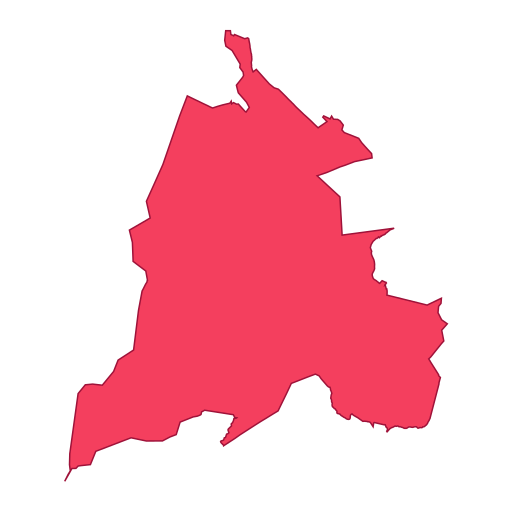 the district of San Juan Bautista Valle Nacional, Oaxaca, Mexico
{"feature_id": "50627088B61539725949690", "entity_name": "San Juan Bautista Valle Nacional", "entity_type": "district", "adm_level": 2, "iso_a3": "MEX", "parent_name": "Mexico", "parent_adm1": "Oaxaca", "projection": "robinson", "projection_center": [-96.283, 17.82], "detail": "fine", "context": "isolated", "style": "filled", "palette": "rose", "viewbox_px": 512, "rotation_deg": 0, "n_neighbors": 0, "source": "geoboundaries", "source_scale": "gbopen_adm2", "svg_char_len": 5920}
<svg xmlns="http://www.w3.org/2000/svg" viewBox="0 0 512 512"><path d="M441.4,298.2L428.3,304.5L427.2,305.1L386.9,295.1L387.0,294.5L387.1,293.4L387.1,291.0L387.1,290.9L386.8,289.0L386.3,289.1L385.2,284.9L384.9,285.1L385.1,284.5L385.8,284.0L386.0,283.4L386.4,283.0L386.0,282.3L384.8,282.0L384.4,281.8L384.2,281.7L383.9,281.5L382.1,280.7L379.6,283.4L379.2,283.2L378.3,282.3L377.3,281.6L376.3,280.7L374.2,279.4L373.6,278.9L373.0,277.9L372.6,276.7L372.3,275.6L372.2,274.2L372.7,272.9L373.8,270.9L374.2,269.9L374.6,268.8L374.5,266.8L374.6,264.2L374.3,261.6L373.8,259.7L372.5,256.9L371.6,254.8L371.3,252.8L371.7,251.3L370.3,247.7L371.2,244.5L372.4,242.5L373.1,241.3L374.7,239.9L376.2,238.4L376.8,238.5L378.0,237.6L378.4,236.9L379.4,237.7L380.2,236.8L380.8,236.3L381.2,236.3L381.3,235.9L381.6,235.9L383.2,235.0L383.9,234.7L384.0,234.8L384.3,234.6L384.6,234.4L385.2,234.1L385.4,233.9L385.8,233.3L386.0,233.1L387.0,232.5L387.2,232.3L387.9,231.7L389.0,230.8L390.1,229.9L390.5,229.7L393.2,228.7L393.6,228.5L394.1,228.2L342.1,235.1L341.7,227.7L339.9,196.9L317.1,175.8L327.3,172.3L339.8,167.0L345.2,165.2L354.6,161.6L364.2,159.6L372.1,157.9L371.6,153.6L367.7,149.4L364.8,146.2L361.6,142.6L358.7,138.3L344.3,132.6L341.9,129.9L343.3,125.1L340.1,120.9L337.7,119.4L333.5,119.2L331.6,116.1L330.1,118.9L323.7,115.9L322.8,117.2L325.2,119.7L327.0,121.6L323.0,124.4L319.0,127.1L318.1,127.8L314.5,124.4L313.6,123.5L311.4,121.3L309.5,119.5L306.2,116.5L303.6,114.2L302.5,113.1L298.6,109.4L296.8,107.7L295.4,106.3L293.3,104.0L291.8,102.6L291.0,101.7L289.5,100.3L287.8,98.6L286.4,97.1L283.0,93.7L281.8,92.5L278.4,89.2L274.1,87.8L269.3,83.9L256.3,69.4L253.1,71.9L252.7,71.1L252.6,70.5L252.3,69.9L252.1,69.3L251.9,68.6L251.8,68.0L251.6,67.4L251.5,66.7L251.5,66.1L251.6,65.4L251.5,64.7L251.4,63.9L251.4,63.5L251.3,63.0L251.3,62.2L251.5,61.4L251.7,60.5L251.8,59.6L251.8,58.6L251.7,57.7L251.7,56.4L251.5,55.5L251.5,54.6L251.3,53.7L251.0,52.8L250.8,51.7L250.6,50.4L250.5,50.0L250.5,49.5L250.3,48.5L250.0,47.4L250.0,46.1L249.8,44.8L249.7,44.0L249.6,43.5L249.2,41.6L248.7,38.7L247.7,37.9L244.7,38.7L234.5,34.5L233.7,35.8L230.9,34.5L230.4,30.7L225.7,30.7L224.7,40.3L225.9,46.2L232.1,50.5L240.2,64.1L239.8,67.6L243.1,72.1L243.6,75.5L242.7,77.2L236.4,85.2L237.5,89.8L238.3,92.8L246.5,102.2L249.3,107.4L246.1,112.0L245.3,111.7L238.3,104.0L236.6,104.2L233.5,102.6L231.7,103.9L231.2,101.2L229.9,103.2L227.3,103.8L222.7,104.9L219.9,105.7L217.8,106.3L212.6,108.0L210.1,106.9L207.7,105.7L203.0,103.5L197.3,100.7L197.2,100.7L187.3,95.9L179.7,115.8L162.9,164.5L153.8,184.9L146.4,201.3L150.2,218.0L129.4,230.1L132.4,242.4L132.9,255.2L133.1,261.4L145.8,271.0L147.5,280.4L147.2,280.6L146.9,282.2L145.9,283.7L145.5,284.4L143.0,289.4L142.1,291.0L138.5,310.4L133.6,350.0L118.1,360.1L113.6,371.5L102.3,385.2L92.6,384.1L85.3,384.8L78.1,393.6L69.8,453.7L69.5,464.7L70.3,470.9L68.2,474.3L64.7,481.3L69.4,473.0L71.9,468.5L75.9,468.4L78.2,466.0L81.1,465.6L90.4,464.6L95.8,451.3L130.5,438.0L131.1,437.8L146.4,441.0L162.5,440.9L169.9,437.0L176.2,434.6L180.1,422.1L193.2,416.9L197.2,416.2L199.9,415.2L201.0,414.5L201.6,411.8L203.3,411.0L204.6,410.2L223.2,413.1L233.3,414.7L233.8,415.6L234.7,417.5L236.8,417.8L236.5,418.1L233.9,418.6L233.5,420.5L232.5,422.8L231.4,423.6L231.2,424.3L231.4,425.0L231.5,425.9L228.4,428.9L228.1,429.4L228.0,430.1L228.9,432.8L227.7,433.8L226.6,434.1L225.5,437.5L224.3,437.8L223.9,439.2L223.6,440.0L222.5,440.6L221.1,440.9L220.6,441.6L221.0,442.6L223.7,445.4L223.7,445.7L234.8,438.5L240.0,434.8L256.0,424.5L261.2,421.2L265.0,418.9L265.7,418.5L266.8,417.8L273.6,413.6L278.1,410.9L280.3,406.3L282.1,402.6L286.5,393.6L291.3,383.4L300.5,379.8L307.4,377.1L315.4,374.1L319.2,375.9L321.0,378.6L327.3,385.9L328.5,386.9L329.6,387.3L330.0,387.3L330.3,388.1L330.4,388.8L330.6,390.1L331.0,390.7L331.2,391.5L331.5,392.1L331.8,393.6L331.6,393.9L331.4,394.4L331.2,395.1L331.1,395.7L331.0,396.5L330.9,397.1L330.8,397.9L330.8,398.5L331.2,399.0L331.5,399.9L331.6,401.0L331.6,401.8L331.9,402.4L332.3,403.1L332.1,404.2L332.1,405.2L332.2,406.0L332.6,406.9L333.3,407.3L333.8,407.9L334.4,408.7L335.3,408.9L335.6,409.4L336.0,410.2L336.8,410.9L337.0,411.8L336.9,412.7L337.1,413.2L337.8,413.6L338.3,413.7L339.2,413.8L339.6,414.1L340.2,414.3L340.5,414.9L341.4,415.7L342.0,415.9L342.3,416.3L342.8,416.5L343.9,417.3L345.5,418.0L345.9,418.5L346.8,419.0L347.3,419.2L347.9,419.3L348.7,419.4L349.6,419.1L350.0,418.5L350.2,417.7L350.3,416.3L350.5,415.2L351.1,414.4L352.0,413.9L352.7,414.6L353.7,415.4L356.3,416.9L357.6,417.6L362.8,421.3L363.3,421.3L363.9,421.2L364.5,421.2L367.3,421.5L367.8,421.8L368.3,421.7L368.9,421.9L369.7,422.0L370.2,422.4L370.6,422.9L371.2,423.8L373.1,426.7L373.7,423.0L374.2,422.5L384.1,424.8L384.8,424.6L385.3,424.8L385.4,425.4L385.8,426.2L386.0,427.0L386.4,427.2L387.0,427.9L387.3,428.5L387.4,429.1L387.4,429.9L387.1,430.5L386.7,431.2L387.1,431.8L387.6,431.3L388.2,430.6L388.7,430.0L389.6,429.1L390.1,428.5L390.9,428.1L391.5,427.7L391.9,427.5L392.7,427.4L393.6,426.8L394.3,426.5L395.1,426.0L395.6,426.2L396.4,426.3L397.1,426.1L397.8,426.0L398.6,426.4L399.0,426.8L400.2,426.7L401.0,427.0L401.5,427.2L402.3,427.4L403.2,427.7L403.7,428.0L404.1,428.3L405.4,428.3L406.0,428.4L407.0,428.1L407.6,427.7L408.3,427.2L408.9,427.0L410.1,426.9L410.8,427.1L411.4,427.2L412.3,427.3L413.0,427.3L413.5,427.1L414.1,426.9L415.5,426.7L416.5,426.8L417.0,427.3L417.6,427.9L418.0,428.2L419.1,427.9L420.0,427.5L421.1,427.7L422.1,427.6L422.8,426.8L423.1,426.9L423.7,426.8L424.3,426.6L424.7,426.3L425.2,425.9L425.6,425.4L426.2,425.1L426.6,424.7L426.9,424.2L427.3,423.7L427.6,423.2L427.8,422.5L428.1,422.0L428.4,421.5L428.7,421.0L429.1,420.5L429.2,420.0L429.5,419.5L429.7,419.0L430.0,418.5L430.0,418.4L439.0,383.8L438.9,383.1L440.4,377.5L438.6,375.6L438.6,374.7L430.7,362.2L430.1,361.1L428.7,358.9L430.7,357.0L440.5,344.8L441.3,343.8L443.8,341.0L441.7,330.2L447.3,323.8L441.6,319.8L438.0,312.7L438.6,306.3L441.0,303.4L441.4,298.2Z" fill="#f43f5e" stroke="#9f1239" stroke-width="1.5"/></svg>